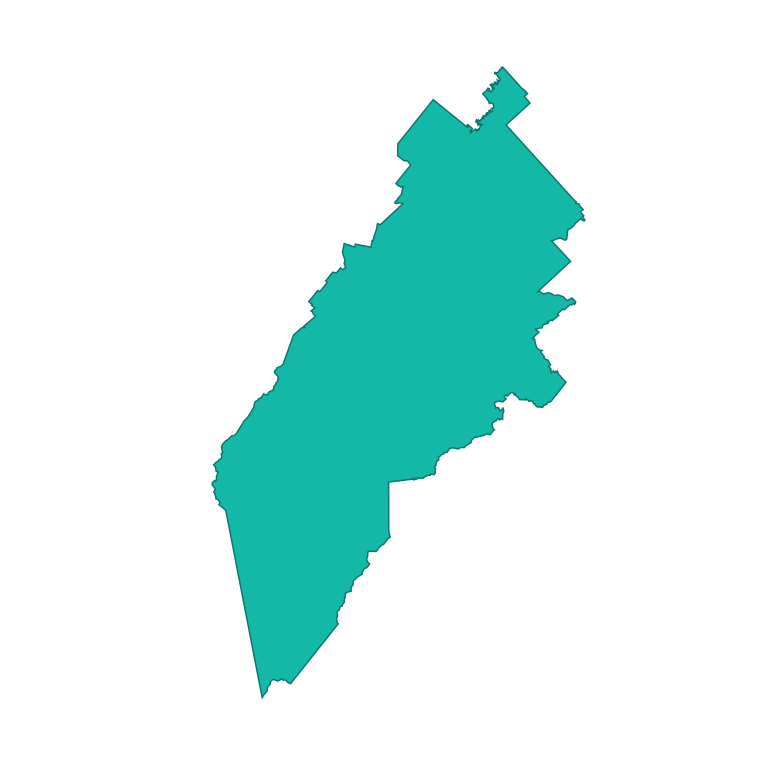 outline of Wangaratta, Victoria, Australia, rotated 39°
{"feature_id": "25037944B46502413321481", "entity_name": "Wangaratta", "entity_type": "district", "adm_level": 2, "iso_a3": "AUS", "parent_name": "Australia", "parent_adm1": "Victoria", "projection": "natural_earth1", "projection_center": [146.471, -36.616], "detail": "fine", "context": "isolated", "style": "filled", "palette": "teal", "viewbox_px": 768, "rotation_deg": 39, "n_neighbors": 0, "source": "geoboundaries", "source_scale": "gbopen_adm2", "svg_char_len": 6093}
<svg xmlns="http://www.w3.org/2000/svg" viewBox="0 0 768 768"><g transform="rotate(39 384 384)"><path d="M524.7,291.9L524.4,268.2L511.9,266.3L511.8,265.4L510.4,264.9L510.5,265.7L509.5,266.1L509.7,267.6L507.4,267.2L506.8,269.9L504.7,268.2L504.6,267.4L500.9,266.8L501.4,264.5L496.6,262.3L493.2,263.2L491.4,262.9L491.5,261.9L485.5,260.6L485.8,258.5L484.4,259.4L480.0,259.8L473.1,255.0L473.2,254.5L470.9,254.9L471.1,253.2L470.7,253.1L471.9,246.2L467.3,246.1L467.7,245.4L468.4,245.3L468.4,244.5L469.5,242.9L471.5,240.9L470.4,237.8L473.0,234.0L473.3,232.8L471.7,232.5L472.9,231.0L473.4,229.2L474.9,229.0L476.6,220.6L474.7,220.2L475.8,213.2L477.4,212.9L478.6,205.1L480.3,204.2L480.6,202.0L482.0,202.2L481.8,200.5L481.0,199.4L475.9,198.9L474.2,203.3L472.5,204.0L468.4,203.3L463.3,205.2L460.6,208.2L457.1,208.4L454.4,209.5L451.3,213.6L449.0,214.1L447.0,213.8L445.4,215.4L451.8,171.3L423.8,167.2L425.0,166.2L428.3,160.2L429.9,159.3L434.1,158.4L434.8,156.4L429.9,148.7L431.3,144.8L431.9,140.6L431.6,138.9L432.9,131.7L435.1,132.0L436.8,131.3L437.0,130.0L433.2,129.4L433.5,127.6L428.4,126.7L429.0,123.1L424.2,122.4L422.4,121.4L419.1,122.7L418.6,121.3L417.4,121.6L400.9,119.1L315.8,105.9L320.7,73.8L312.1,72.3L312.8,68.0L308.4,67.3L305.2,67.5L277.5,63.1L276.8,63.2L277.2,63.8L276.2,64.3L276.9,64.9L276.2,66.9L276.6,69.6L275.7,71.2L274.0,72.1L274.6,73.1L276.0,72.3L276.7,73.0L278.0,72.5L278.9,73.4L281.1,74.0L281.8,73.7L283.1,74.7L282.0,76.1L280.6,76.4L282.1,77.6L282.9,76.5L283.7,79.6L283.0,80.3L281.7,79.1L280.6,79.4L281.9,80.1L281.6,80.8L280.3,80.8L280.9,82.8L279.1,82.8L278.2,84.4L278.6,84.7L278.7,84.1L279.7,84.1L280.3,85.1L281.1,84.5L281.6,85.4L283.1,84.7L283.8,85.6L282.2,86.2L283.3,87.6L283.3,89.9L282.4,89.4L280.5,90.1L280.9,89.1L280.1,88.1L278.5,88.9L279.1,92.3L278.0,96.2L279.1,96.8L280.3,96.4L282.9,97.4L284.7,97.3L285.3,98.2L287.0,98.1L289.3,99.7L289.8,99.3L290.1,97.9L292.8,97.8L293.9,98.4L295.5,100.6L294.2,102.1L295.5,102.6L296.5,104.1L296.0,105.4L294.2,104.2L293.5,106.0L294.9,106.7L294.7,108.1L295.2,109.4L294.7,109.7L293.6,108.2L293.2,108.7L293.4,110.3L294.3,110.0L294.7,111.5L292.4,112.9L293.5,113.4L292.7,114.6L294.0,115.0L292.8,115.8L293.6,116.6L292.8,117.9L293.1,119.2L291.7,120.3L291.7,119.5L291.1,119.3L290.9,120.3L289.6,120.5L290.3,122.5L291.7,122.1L293.1,123.0L293.7,121.8L294.4,123.2L294.8,121.4L297.3,120.7L297.2,121.5L296.1,122.3L297.9,126.2L297.1,126.3L297.6,127.1L297.4,127.4L295.8,127.9L297.1,128.8L297.0,129.3L294.5,128.7L293.7,131.9L293.0,132.4L293.6,133.5L293.3,134.3L292.8,132.9L291.6,133.0L292.2,131.9L292.0,129.8L285.8,129.8L285.8,131.3L287.5,131.3L287.1,132.1L243.3,132.1L243.6,188.6L250.9,198.0L258.9,197.9L261.9,195.9L267.0,197.0L267.0,220.6L270.1,221.0L271.0,220.5L273.0,220.5L274.5,218.5L278.2,225.5L278.0,231.2L278.4,232.9L277.9,235.0L278.5,236.4L279.6,236.3L282.1,233.3L285.2,232.1L280.9,262.6L278.0,263.5L280.9,268.8L283.5,276.0L285.4,279.5L284.5,279.9L287.7,285.9L273.7,293.4L275.2,295.9L264.7,299.9L268.8,307.7L275.8,312.4L277.1,315.3L280.7,317.5L280.3,321.2L277.1,321.2L277.1,327.6L273.8,329.4L273.8,340.5L276.0,340.5L276.1,352.3L273.7,353.2L273.7,367.3L278.0,367.3L278.0,368.4L282.2,368.4L281.3,373.2L283.2,372.9L284.7,374.0L288.2,374.3L285.3,389.8L286.8,390.1L284.7,392.1L282.9,402.7L293.0,431.8L292.8,433.1L293.2,433.3L292.8,435.1L290.7,438.6L291.2,439.7L290.9,442.9L291.4,442.9L291.7,444.0L297.3,444.8L297.3,445.5L298.5,446.6L298.8,447.9L299.6,448.7L299.4,451.0L300.0,451.8L300.1,454.2L299.8,455.2L300.7,456.0L301.1,457.7L302.1,458.3L299.9,461.6L299.7,463.4L300.3,465.5L298.4,467.0L296.7,467.4L297.2,471.8L295.7,475.1L296.2,475.6L296.1,476.6L295.0,478.5L296.0,481.7L297.4,483.7L298.7,492.2L299.1,492.5L298.6,493.3L299.0,494.0L298.6,501.3L300.4,515.3L300.0,518.4L298.2,520.2L297.6,525.6L296.8,527.5L296.5,532.7L297.4,535.3L301.7,538.7L301.5,540.7L304.1,543.1L304.3,544.9L303.6,546.4L303.6,548.2L302.8,550.6L302.4,554.0L305.1,554.5L308.7,557.6L310.6,556.6L312.0,561.4L314.4,564.1L314.3,565.2L313.5,565.2L313.7,566.0L313.1,566.1L312.7,568.3L312.7,569.0L314.2,570.7L318.6,571.4L319.9,575.1L320.2,574.8L325.0,578.1L325.5,579.0L328.0,578.1L328.9,578.8L330.5,579.0L331.3,580.0L331.6,581.7L340.4,581.6L487.3,704.9L486.2,702.6L486.2,695.7L484.1,692.7L484.6,689.3L483.2,686.9L483.4,683.8L485.1,682.7L488.3,681.8L489.4,679.6L489.8,677.4L491.6,677.8L493.9,676.0L497.5,676.5L500.0,675.6L499.3,599.1L498.3,599.2L497.1,598.4L494.8,596.2L494.1,593.9L492.6,592.0L490.9,591.7L491.2,587.0L490.0,584.9L491.1,583.0L490.4,580.6L490.5,578.6L488.8,576.6L488.0,573.7L485.7,571.2L486.7,568.5L488.9,565.8L486.4,562.8L486.3,559.3L484.1,556.6L484.9,550.4L486.6,545.5L485.5,543.6L484.9,539.9L486.1,537.6L486.3,534.6L485.9,532.8L483.2,532.7L481.7,531.9L480.7,530.9L479.6,527.9L477.3,525.1L477.2,523.9L478.0,523.0L483.0,519.3L483.4,517.9L482.9,514.8L483.6,510.5L484.6,509.0L484.3,501.2L485.3,499.4L480.0,495.0L449.3,457.3L465.1,441.0L465.3,439.6L466.2,440.2L466.7,439.5L467.7,439.6L467.3,437.9L468.3,438.4L468.8,438.0L469.4,437.0L469.2,435.5L470.1,435.5L473.9,432.3L473.8,431.1L475.4,427.6L477.4,425.6L476.8,424.4L479.8,423.1L479.9,420.8L478.1,419.3L477.5,417.5L476.2,417.3L475.9,416.7L475.5,414.5L474.0,412.1L473.8,410.4L474.4,408.5L473.7,408.2L472.5,405.7L473.1,404.5L473.2,402.1L474.4,400.7L474.0,399.5L476.0,397.6L475.6,392.9L477.6,390.3L482.5,387.8L483.7,385.0L486.4,382.9L486.4,380.2L488.6,375.1L487.5,372.6L487.8,368.9L493.8,361.3L494.9,358.5L498.5,356.4L498.4,352.8L498.0,352.0L498.7,350.2L496.8,350.0L492.7,346.9L493.2,344.1L494.3,342.2L494.1,338.8L496.3,339.4L497.1,337.0L498.4,336.8L495.1,332.4L494.3,329.8L491.7,327.8L491.4,328.3L491.9,330.3L491.0,331.8L488.1,330.4L486.6,331.0L486.0,332.5L481.5,329.1L483.9,325.1L485.2,324.1L486.8,323.8L487.7,322.7L488.3,318.7L485.4,318.3L485.8,315.6L487.3,315.9L488.1,310.5L489.8,309.7L491.0,309.6L492.0,310.5L492.5,309.1L493.5,309.9L497.3,310.1L499.0,310.9L504.3,307.1L503.7,306.2L506.1,305.8L507.3,306.4L508.4,305.0L510.3,304.1L513.0,305.1L514.1,304.7L516.6,305.5L518.5,304.9L519.1,303.6L520.5,303.4L521.9,302.2L521.8,299.7L523.2,297.5L522.6,295.7L523.9,294.3L524.7,291.9Z" fill="#14b8a6" stroke="#0f766e" stroke-width="1.5"/></g></svg>